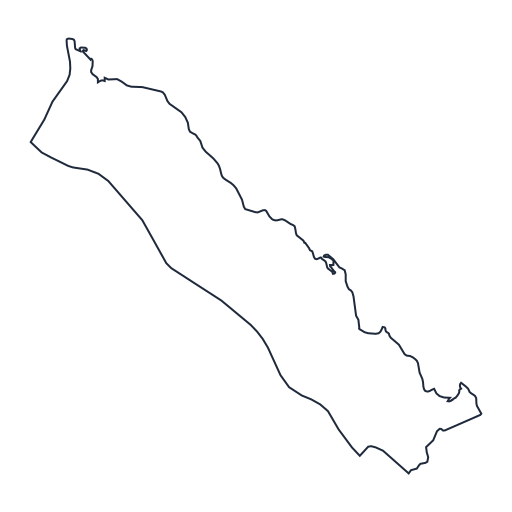 map outline of Debubawi Keyih Bahri (Albers equal-area conic projection)
{"feature_id": "ERI-1565", "entity_name": "Debubawi Keyih Bahri", "entity_type": "Region", "adm_level": 1, "iso_a3": "ERI", "parent_name": "Eritrea", "parent_adm1": "", "projection": "albers", "projection_center": [41.929, 13.658], "detail": "fine", "context": "isolated", "style": "outline", "palette": "slate", "viewbox_px": 512, "rotation_deg": 0, "n_neighbors": 0, "source": "natural_earth", "source_scale": "10m", "svg_char_len": 3412}
<svg xmlns="http://www.w3.org/2000/svg" viewBox="0 0 512 512"><path d="M480.3,414.9L444.9,430.4L443.2,430.6L441.1,428.9L439.7,428.8L437.0,431.2L433.2,440.3L426.1,447.1L426.7,452.0L428.2,457.3L427.3,461.8L425.3,462.9L420.4,463.8L419.0,465.3L416.8,468.6L411.6,470.0L410.9,470.3L408.7,473.4L383.0,450.7L375.5,447.3L371.1,446.2L368.2,446.7L359.8,455.8L352.0,447.5L338.6,429.4L328.0,411.2L320.2,404.4L311.1,399.3L301.8,395.5L289.1,387.2L280.5,375.2L267.9,347.6L262.7,338.9L257.1,331.6L250.8,325.0L238.4,314.7L221.3,300.5L193.1,282.3L171.2,268.1L166.3,263.2L154.9,242.7L142.3,220.2L125.2,200.5L108.3,181.0L98.5,173.8L87.5,169.6L72.8,167.4L68.2,165.9L51.1,157.5L41.7,152.5L30.7,142.1L32.5,139.0L44.3,119.6L52.5,101.6L67.1,81.1L69.6,74.8L70.3,68.6L70.0,61.7L66.9,45.6L66.6,40.4L66.8,39.3L67.0,39.2L67.9,38.7L69.4,38.6L72.3,39.0L73.9,39.7L74.6,41.3L75.1,47.9L75.7,49.2L80.3,51.2L79.6,48.4L81.0,47.5L85.4,47.8L86.5,48.6L86.9,50.0L86.2,51.0L83.6,50.1L82.6,51.2L90.3,59.4L90.4,59.0L91.0,58.7L91.7,59.0L92.5,60.4L92.7,61.7L92.5,66.2L91.2,70.0L91.1,71.9L92.5,74.1L96.6,77.1L97.9,79.0L97.9,82.3L99.7,81.2L101.2,80.5L102.9,80.4L104.7,81.0L104.7,77.8L108.4,79.5L117.1,79.1L121.8,81.7L126.8,85.4L131.3,86.7L142.3,87.1L161.0,91.5L162.8,92.3L164.8,94.8L167.4,101.0L169.5,103.8L176.7,108.9L181.5,112.3L185.3,117.1L187.9,122.9L188.8,129.1L190.0,131.7L192.7,133.3L195.4,134.6L196.6,136.0L197.3,137.3L200.3,141.0L202.5,147.7L205.8,151.8L213.3,158.4L217.5,163.3L218.9,165.7L220.0,168.7L221.3,174.1L222.0,176.1L223.3,177.9L225.5,179.6L230.9,183.0L233.7,185.4L236.2,188.4L242.0,199.7L243.8,206.6L245.2,209.1L255.5,212.2L257.7,212.4L262.9,210.3L264.9,210.1L266.2,210.9L269.4,216.4L272.0,219.1L273.2,219.8L275.5,220.4L277.3,220.3L280.9,219.4L282.2,219.2L285.0,220.3L290.7,224.1L292.8,224.9L294.6,226.2L295.4,229.3L295.9,232.8L296.7,235.3L303.4,240.6L304.4,242.8L305.2,242.8L308.9,247.9L310.0,250.2L310.4,250.4L311.8,251.1L312.2,251.3L312.9,253.2L313.9,256.9L315.1,258.8L316.7,259.2L318.7,258.4L320.4,257.5L321.1,257.6L321.7,258.7L324.5,260.6L325.6,261.6L326.2,263.1L327.1,267.0L327.8,268.4L331.6,271.3L332.2,271.5L332.9,273.8L334.2,273.7L335.2,272.7L335.1,272.1L334.2,271.4L331.9,268.4L331.3,267.4L331.0,267.1L330.5,266.8L330.1,266.2L330.0,265.0L330.5,265.0L332.8,265.1L333.4,265.0L333.5,260.6L331.3,258.7L328.5,257.2L325.0,257.0L323.7,256.6L324.1,255.6L325.6,254.8L327.8,254.7L333.3,259.3L339.4,267.4L341.7,268.4L344.7,270.3L345.7,274.4L345.7,281.2L347.5,286.7L349.0,289.3L350.7,290.3L352.3,292.2L353.5,296.4L356.1,315.8L358.4,319.8L359.3,327.9L359.1,328.7L359.6,329.2L364.6,332.2L368.0,333.2L375.4,333.8L378.6,333.3L380.4,331.7L381.6,329.5L382.6,327.0L384.7,327.4L385.4,328.5L385.4,329.9L386.0,331.5L387.0,332.3L388.1,332.9L389.0,333.8L389.4,335.6L390.7,337.7L398.9,344.7L404.6,354.2L406.7,355.6L410.0,356.0L412.6,357.2L414.9,358.9L416.8,360.7L418.0,363.3L419.6,372.7L422.3,378.8L423.0,381.9L423.4,386.7L424.1,389.3L425.3,391.0L427.6,391.6L429.7,391.0L431.8,389.8L434.1,388.8L436.4,393.4L439.6,396.1L444.0,397.5L449.9,397.8L449.1,398.7L447.7,401.2L449.2,401.4L450.5,401.0L452.1,400.1L451.9,399.9L455.0,397.9L455.5,397.8L457.4,395.6L458.9,393.2L459.3,391.7L459.2,390.5L459.6,389.6L461.1,388.7L460.1,387.1L459.9,385.4L460.2,384.0L461.1,382.8L465.7,386.4L468.0,388.6L468.9,390.3L469.6,392.0L471.4,393.5L473.4,394.7L475.1,396.0L476.2,398.2L476.4,403.3L476.9,405.8L481.3,413.7L480.3,414.9Z" fill="none" stroke="#1e293b" stroke-width="2"/></svg>